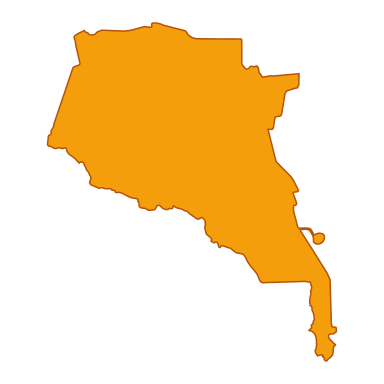 the border of Ahal
{"feature_id": "TKM-352", "entity_name": "Ahal", "entity_type": "Province", "adm_level": 1, "iso_a3": "TKM", "parent_name": "Turkmenistan", "parent_adm1": "", "projection": "orthographic", "projection_center": [59.653, 37.88], "detail": "fine", "context": "isolated", "style": "filled", "palette": "amber", "viewbox_px": 384, "rotation_deg": 0, "n_neighbors": 0, "source": "natural_earth", "source_scale": "10m", "svg_char_len": 5935}
<svg xmlns="http://www.w3.org/2000/svg" viewBox="0 0 384 384"><path d="M323.2,357.2L322.5,356.6L323.0,355.8L323.0,355.6L322.5,355.1L322.0,354.9L321.5,354.9L318.4,355.5L317.6,355.9L316.2,353.7L315.3,352.0L315.2,350.1L315.4,349.7L316.2,348.9L316.3,348.3L316.3,347.1L316.3,346.7L316.7,344.9L316.7,344.2L316.3,343.7L316.6,342.1L316.6,340.9L316.3,339.8L316.0,337.2L315.6,335.9L315.1,334.7L314.5,333.7L313.5,332.6L312.5,331.7L311.3,331.0L309.8,330.8L309.0,330.5L309.7,329.6L310.9,328.6L311.6,327.8L311.6,327.2L311.4,325.7L311.5,324.8L311.9,324.5L312.4,324.3L312.9,323.9L313.1,323.1L313.2,321.7L313.4,321.1L313.7,320.6L314.3,319.7L314.4,319.3L314.3,318.9L314.1,316.7L313.2,312.3L312.3,310.9L312.1,310.2L312.0,308.5L311.9,307.7L311.7,307.0L311.4,306.5L311.1,306.1L310.6,305.7L310.0,305.5L310.2,305.0L310.4,304.5L309.6,302.4L309.9,298.9L311.0,293.0L310.7,291.9L310.5,291.1L310.8,290.3L311.1,289.7L311.4,289.0L311.7,288.2L311.7,287.3L311.6,286.4L310.9,284.7L310.4,282.2L308.0,281.9L305.1,281.4L262.5,282.7L260.5,281.6L259.3,279.5L257.6,275.1L256.4,273.1L250.2,265.6L247.5,261.6L245.3,256.9L243.6,254.6L241.4,253.7L236.6,252.9L234.5,251.6L230.7,248.4L222.4,245.7L221.8,245.6L221.2,245.9L220.5,247.0L220.1,247.4L219.6,247.6L218.8,246.9L218.4,245.7L218.1,244.4L217.7,243.2L216.8,242.2L215.9,242.0L214.1,242.8L213.6,242.7L213.1,242.5L212.3,241.7L211.3,241.5L211.1,241.0L211.4,239.9L211.7,239.4L211.8,239.1L211.4,238.6L210.3,237.4L206.7,234.4L206.1,233.4L204.9,228.4L204.8,226.8L205.0,226.0L205.6,224.7L205.4,224.1L205.1,223.3L205.3,221.7L205.0,220.7L203.9,219.2L202.8,218.0L201.4,217.7L198.2,219.2L197.0,219.0L189.3,213.5L187.5,211.5L186.8,211.1L185.2,210.9L184.4,210.6L183.6,210.0L181.3,209.0L176.9,207.9L173.5,205.9L173.2,206.4L173.0,207.5L172.2,208.5L171.6,208.7L171.0,208.7L169.8,208.5L169.2,208.5L168.7,208.8L168.4,209.2L167.9,209.5L166.6,209.6L165.3,209.4L162.8,208.4L160.0,205.8L159.0,205.3L157.9,205.4L157.0,206.0L156.3,207.0L155.8,208.2L155.0,209.4L154.0,209.9L148.8,210.3L148.0,210.1L146.5,209.0L145.8,208.6L141.3,207.9L140.3,207.5L139.4,206.7L139.1,205.9L139.1,204.8L139.0,203.5L138.8,203.0L137.9,201.3L137.9,200.7L138.0,200.2L138.0,199.7L137.6,199.2L136.6,198.7L135.7,198.5L133.8,198.3L130.0,197.3L121.1,192.8L119.1,192.3L116.3,192.6L115.4,192.2L115.1,191.7L114.6,190.6L114.2,190.2L113.8,190.1L112.8,190.3L112.3,190.2L111.6,189.8L110.9,189.1L110.1,188.6L109.3,188.6L108.4,188.8L105.6,188.8L102.7,187.9L101.8,187.7L100.8,187.9L99.9,188.1L99.0,188.2L90.9,184.8L89.5,182.8L90.7,179.0L90.9,177.8L90.6,176.5L89.4,174.7L88.8,172.6L87.0,170.5L86.4,169.5L85.4,166.9L84.2,164.7L83.9,164.0L83.9,163.5L83.8,163.0L83.2,162.6L82.0,162.1L81.3,162.0L80.7,162.1L79.7,162.5L79.2,163.1L74.5,158.1L69.1,154.2L68.3,153.4L67.1,151.5L66.9,150.9L66.3,148.5L65.9,148.0L65.5,147.8L64.6,147.9L63.0,148.5L62.4,148.6L61.9,148.6L60.4,147.9L59.6,147.7L58.5,147.8L55.6,148.6L54.9,148.5L54.0,148.2L50.9,146.5L50.0,146.2L48.7,146.1L48.1,145.6L47.8,145.1L47.6,144.6L47.6,143.5L48.3,136.8L48.5,136.2L48.7,135.7L49.1,135.2L50.6,134.6L50.9,134.3L51.1,133.9L51.2,133.2L51.0,131.6L51.2,131.0L51.4,130.3L53.4,127.1L53.5,126.6L53.6,125.5L54.0,123.8L72.8,68.3L73.2,67.5L73.6,67.2L75.0,66.4L78.6,65.2L79.2,64.8L79.7,64.3L80.0,63.8L79.9,63.0L75.7,44.9L75.2,40.6L75.0,40.0L74.4,38.7L74.1,37.6L74.1,37.0L74.2,36.5L74.6,35.9L77.6,33.8L84.4,30.5L84.7,31.4L85.1,31.9L85.5,32.1L87.5,32.7L88.1,33.1L89.1,34.4L89.4,34.6L90.1,35.0L90.6,35.0L94.1,34.7L94.5,34.5L94.9,34.3L97.0,32.2L98.3,31.5L101.8,30.2L124.3,31.1L130.8,30.3L144.4,26.6L150.4,27.3L151.4,27.1L151.7,26.8L151.8,26.4L151.6,24.6L151.7,24.2L151.8,23.8L152.0,23.5L152.2,23.2L152.5,23.1L152.9,23.0L157.3,23.1L161.0,24.1L163.4,25.2L185.5,30.9L188.2,34.7L188.9,35.4L192.2,37.7L196.3,38.7L210.3,38.9L240.6,39.0L241.3,39.1L241.6,39.4L241.7,40.2L241.8,63.5L242.0,64.4L242.4,65.0L245.6,68.8L246.0,69.0L246.4,69.1L247.5,68.9L248.8,68.3L249.3,67.8L250.0,66.8L250.5,66.4L251.1,66.3L251.8,66.3L253.4,66.7L254.1,66.8L254.7,66.7L256.2,65.9L256.6,65.9L257.1,66.2L257.7,66.9L258.2,67.8L258.4,68.5L258.8,71.0L259.2,72.7L259.4,73.0L259.9,73.7L260.5,74.2L261.0,74.8L261.2,75.1L261.6,76.5L261.7,76.8L263.5,77.0L270.7,75.8L273.1,76.0L299.0,73.7L298.8,85.1L298.1,86.2L297.6,87.7L294.0,88.6L286.9,90.9L285.1,93.2L281.8,113.1L281.5,114.3L280.9,115.6L279.9,116.1L276.4,116.7L275.4,117.1L275.0,118.0L274.7,119.1L273.6,126.6L273.3,127.8L272.8,129.0L271.9,129.3L271.0,129.4L268.0,129.2L275.3,158.6L276.4,161.9L290.9,176.6L293.2,179.9L297.9,189.1L298.4,190.7L297.8,191.4L296.9,191.8L294.5,192.1L293.5,192.4L293.1,192.8L293.3,193.8L296.2,201.9L296.7,204.0L296.1,204.8L295.2,205.3L293.9,205.4L293.4,207.5L293.6,211.2L297.9,227.6L298.5,228.0L299.3,228.2L301.1,228.1L302.4,228.2L303.5,228.0L308.6,228.2L309.5,228.4L310.2,228.7L310.5,229.0L311.1,229.7L314.1,234.9L314.3,235.0L315.9,234.1L317.6,233.4L319.6,233.2L322.2,233.7L323.1,234.2L323.7,234.7L324.0,235.2L324.3,235.9L324.4,236.7L324.4,237.7L324.2,238.9L323.8,240.1L323.3,241.1L322.5,242.1L322.2,242.4L320.7,243.4L319.3,243.9L318.5,244.0L317.7,244.0L316.8,244.0L316.0,243.8L314.9,243.3L314.4,242.8L313.8,242.1L313.5,241.6L313.4,238.0L313.0,236.4L312.3,234.7L310.9,232.2L310.1,231.1L309.0,230.0L308.1,229.6L305.5,229.2L304.7,229.2L303.5,229.4L300.9,229.6L300.5,229.7L300.1,229.9L300.2,230.4L313.4,251.1L327.2,273.3L330.1,279.8L331.3,322.7L331.8,326.4L332.5,326.7L333.1,327.1L335.7,327.2L336.2,327.8L336.4,331.3L336.3,331.7L335.3,332.5L334.7,332.8L334.0,333.5L333.4,333.8L332.6,334.0L330.8,334.0L329.7,334.3L329.3,334.6L328.9,335.0L328.5,335.8L328.4,336.4L328.5,336.8L329.5,338.7L329.9,339.3L330.8,340.3L331.6,341.0L333.9,343.6L334.9,344.1L335.5,344.7L335.4,345.0L335.3,345.3L334.0,346.5L333.6,347.0L333.5,347.4L333.4,347.8L333.0,353.2L332.8,354.2L332.6,354.9L330.8,357.0L330.3,357.5L328.3,358.9L327.8,359.4L327.1,360.3L326.6,361.0L326.2,360.8L325.5,360.7L325.0,360.4L324.6,360.0L324.2,359.4L324.2,359.2L324.4,358.4L324.4,358.1L323.4,357.2L323.2,357.2Z" fill="#f59e0b" stroke="#b45309" stroke-width="1.5"/></svg>